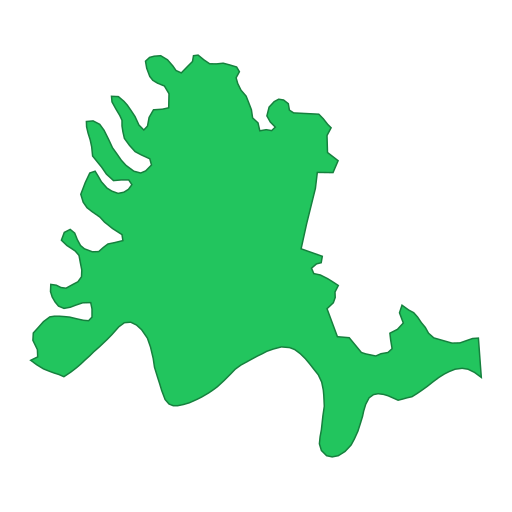 outline of Itapiranga, Santa Catarina, Brazil
{"feature_id": "56859067B85066808515960", "entity_name": "Itapiranga", "entity_type": "district", "adm_level": 2, "iso_a3": "BRA", "parent_name": "Brazil", "parent_adm1": "Santa Catarina", "projection": "natural_earth1", "projection_center": [-53.721, -27.112], "detail": "fine", "context": "isolated", "style": "filled", "palette": "green", "viewbox_px": 512, "rotation_deg": 0, "n_neighbors": 0, "source": "geoboundaries", "source_scale": "gbopen_adm2", "svg_char_len": 3813}
<svg xmlns="http://www.w3.org/2000/svg" viewBox="0 0 512 512"><path d="M331.1,127.8L327.7,124.4L323.3,118.8L318.8,114.2L293.6,112.9L289.4,110.1L288.3,103.7L283.6,100.0L278.7,99.2L274.2,101.6L269.1,107.1L266.9,115.9L270.3,122.0L275.3,127.1L271.7,130.6L266.2,129.7L259.8,130.8L258.0,122.9L252.6,117.9L251.4,109.7L248.4,101.9L246.1,96.1L241.0,90.2L237.7,83.5L236.1,77.8L239.4,71.7L236.6,67.0L229.6,64.9L223.2,63.2L216.5,63.9L209.7,63.8L204.1,60.0L198.1,55.1L193.5,55.7L192.5,61.5L187.6,66.4L181.3,72.9L176.0,70.5L172.9,66.0L167.5,59.8L160.7,55.7L154.2,56.2L149.6,57.4L145.5,61.2L146.7,68.2L149.8,76.5L152.9,80.4L157.6,83.2L164.4,86.0L169.0,93.7L168.7,107.8L162.4,109.2L153.5,109.8L149.1,117.4L147.5,126.1L143.8,130.0L138.9,125.0L135.0,116.5L131.1,110.6L127.3,105.1L123.9,101.3L118.4,96.6L111.5,96.3L112.0,101.9L115.8,108.8L119.8,115.5L122.0,120.3L122.0,125.9L122.9,131.7L124.4,138.4L129.5,145.4L135.1,151.6L141.3,154.9L149.8,158.8L151.5,165.0L145.7,170.9L140.7,173.0L133.8,171.2L125.9,165.3L121.2,160.1L116.9,153.9L112.5,147.8L108.7,139.6L104.0,130.2L99.7,124.3L93.1,120.9L86.4,121.5L86.6,126.9L88.1,133.2L90.2,139.9L91.7,146.9L92.6,156.0L98.0,162.7L101.6,167.1L106.4,174.1L113.5,180.6L121.5,179.9L128.7,179.9L131.9,184.6L128.5,189.3L123.9,192.2L118.1,193.4L111.8,191.1L107.0,188.1L101.4,181.8L98.0,175.9L95.1,171.2L89.8,173.0L85.3,182.5L80.8,194.3L83.2,202.2L87.0,207.7L92.0,211.6L99.9,217.1L104.5,222.1L112.5,228.5L122.0,234.6L122.9,240.6L114.7,242.6L107.9,244.0L103.3,247.5L98.7,251.6L92.4,251.8L84.4,248.8L80.5,245.5L77.3,239.6L74.7,233.1L70.2,229.4L64.3,232.4L61.4,240.2L66.9,245.5L70.9,248.1L75.2,251.0L79.0,255.4L80.7,264.5L81.8,270.0L81.5,276.8L77.9,281.8L73.1,284.3L66.0,288.2L60.9,287.5L56.3,285.2L50.8,284.4L50.5,291.6L52.2,297.0L55.1,302.0L58.5,306.1L64.0,308.4L70.4,307.2L75.6,305.2L82.7,302.8L90.7,302.6L92.0,308.9L92.0,317.1L88.6,320.7L83.5,320.3L76.7,318.8L69.7,317.1L64.6,316.6L59.2,316.2L54.4,316.2L49.8,316.9L43.5,321.6L38.2,327.6L33.3,333.0L32.9,340.3L37.4,349.6L37.7,356.9L30.7,360.3L36.8,364.8L43.5,368.9L49.5,371.3L54.1,373.0L58.9,374.5L63.9,376.7L70.8,372.1L76.5,367.7L80.8,364.0L84.7,360.3L89.7,355.8L93.6,351.9L99.2,347.0L107.0,339.6L111.8,334.7L115.2,330.9L118.8,326.8L124.4,322.7L130.7,322.2L136.5,325.0L141.6,329.7L147.4,338.1L150.5,347.0L153.2,358.4L154.5,367.2L157.6,377.3L159.5,383.2L161.7,390.5L165.1,399.5L169.0,404.0L173.2,405.7L177.7,405.7L183.5,404.5L189.3,402.8L197.1,399.3L201.7,397.0L208.7,392.9L213.8,389.4L217.4,386.7L224.0,380.6L230.5,374.1L235.2,369.2L240.8,365.1L251.4,359.3L257.5,356.0L262.3,353.7L266.8,351.3L273.4,349.0L281.4,346.9L289.7,347.6L294.8,349.6L300.3,353.7L305.4,358.7L309.8,364.0L313.6,368.9L318.3,374.8L321.7,382.1L323.3,390.0L323.8,395.5L324.3,406.3L322.9,415.9L322.0,424.2L321.4,429.7L320.1,436.8L319.4,443.8L321.4,450.5L326.6,455.7L332.2,456.9L338.3,455.7L345.1,451.4L351.1,445.0L354.3,439.1L357.9,431.2L360.6,422.7L362.5,416.5L363.7,410.9L365.7,404.3L369.1,397.8L373.5,394.6L378.1,393.7L383.6,394.4L388.2,395.8L393.6,398.2L398.1,400.2L402.5,399.1L407.1,397.8L412.0,396.7L417.1,393.5L422.2,390.0L427.2,386.4L432.6,382.1L438.9,377.4L444.5,373.9L449.3,371.5L455.1,369.2L462.1,368.3L468.0,369.2L474.5,372.4L481.3,377.4L478.4,338.1L472.6,338.5L466.8,340.5L460.0,342.9L452.0,343.1L433.8,337.9L428.5,333.2L425.3,327.4L421.3,322.6L417.6,317.1L413.7,312.7L408.8,310.1L402.0,305.2L399.5,312.8L403.3,323.0L397.5,329.3L389.9,333.2L390.7,340.2L392.1,348.7L388.0,352.5L381.0,353.7L375.8,356.0L365.7,353.9L361.4,352.5L349.2,337.7L337.4,336.7L327.0,308.7L333.3,302.8L335.2,297.5L335.0,292.0L338.3,285.5L333.6,282.4L327.7,278.7L320.4,275.0L313.8,273.6L311.5,268.2L316.5,263.9L321.2,262.7L322.3,256.3L301.1,248.8L306.6,223.8L315.4,188.4L317.3,172.4L333.0,172.6L338.1,160.7L327.5,152.5L327.0,135.5L331.1,127.8Z" fill="#22c55e" stroke="#15803d" stroke-width="1.5"/></svg>